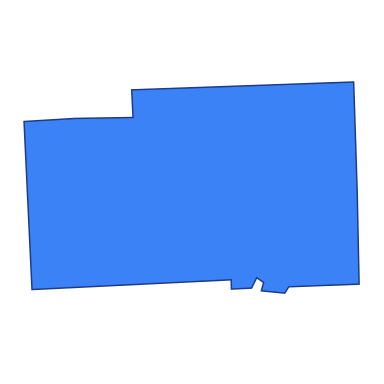 Lee, Illinois, United States of America, rotated 178°
{"feature_id": "52423323B51586507670768", "entity_name": "Lee", "entity_type": "district", "adm_level": 2, "iso_a3": "USA", "parent_name": "United States of America", "parent_adm1": "Illinois", "projection": "orthographic", "projection_center": [-89.364, 41.748], "detail": "fine", "context": "isolated", "style": "filled", "palette": "blue", "viewbox_px": 384, "rotation_deg": 178, "n_neighbors": 0, "source": "geoboundaries", "source_scale": "gbopen_adm2", "svg_char_len": 385}
<svg xmlns="http://www.w3.org/2000/svg" viewBox="0 0 384 384"><g transform="rotate(178 192 192)"><path d="M28.2,94.1L27.7,131.1L26.9,185.7L26.6,296.3L248.7,296.2L248.4,275.4L248.3,268.5L306.6,269.6L357.4,268.3L355.3,100.1L155.9,102.9L156.0,93.6L135.8,93.9L130.3,104.1L123.6,99.1L126.1,90.8L102.8,87.7L98.6,93.9L28.2,94.1Z" fill="#3b82f6" stroke="#1e3a8a" stroke-width="1.5"/></g></svg>